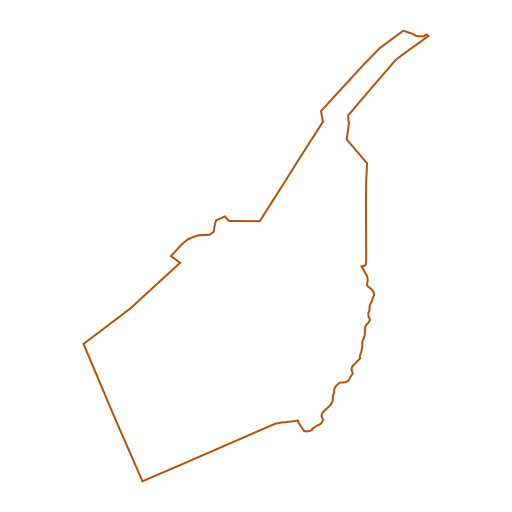 Hwange Urban, Matabeleland North, Zimbabwe (Mercator projection)
{"feature_id": "62879985B63106535588765", "entity_name": "Hwange Urban", "entity_type": "district", "adm_level": 2, "iso_a3": "ZWE", "parent_name": "Zimbabwe", "parent_adm1": "Matabeleland North", "projection": "mercator", "projection_center": [26.527, -18.338], "detail": "fine", "context": "isolated", "style": "outline", "palette": "amber", "viewbox_px": 512, "rotation_deg": 0, "n_neighbors": 0, "source": "geoboundaries", "source_scale": "gbopen_adm2", "svg_char_len": 5563}
<svg xmlns="http://www.w3.org/2000/svg" viewBox="0 0 512 512"><path d="M322.7,120.7L323.0,121.2L323.2,121.4L299.6,158.1L285.2,181.2L259.7,221.2L229.0,221.0L225.2,216.7L224.9,216.4L216.0,220.5L214.7,225.4L214.7,225.7L214.6,225.8L214.6,226.1L214.4,226.6L214.0,230.7L213.9,231.0L213.6,231.4L213.3,231.9L213.2,232.0L213.1,232.3L212.8,232.4L209.7,234.7L209.3,234.7L209.0,234.8L208.8,234.8L208.5,235.0L205.9,234.9L199.0,235.2L198.8,235.3L198.4,235.3L198.2,235.5L197.9,235.6L197.6,235.6L197.3,235.7L196.9,235.8L196.6,235.8L189.7,238.5L189.3,238.6L189.1,238.7L188.9,238.8L188.6,239.1L188.2,239.1L187.7,239.4L181.8,244.3L171.0,256.1L180.1,262.8L129.8,308.9L83.6,343.9L83.6,344.1L115.6,419.9L142.5,481.3L162.8,472.4L163.0,472.5L275.7,423.5L282.9,422.4L283.1,422.4L283.3,422.3L284.9,422.3L298.1,420.6L298.2,421.8L298.2,422.2L304.1,431.1L304.7,431.1L304.9,431.2L305.9,431.2L306.1,431.3L307.8,431.3L308.1,431.2L308.4,431.2L310.1,430.8L310.3,430.7L310.9,430.5L311.2,430.3L311.5,430.2L311.8,430.0L312.1,429.8L312.0,429.6L312.1,429.2L312.3,429.1L312.3,428.9L312.5,428.6L312.7,428.4L313.5,428.0L313.6,427.8L313.8,427.8L314.2,427.6L314.4,427.4L314.5,427.4L314.7,427.2L314.8,427.2L315.0,427.0L315.3,426.8L315.5,426.7L316.3,426.2L316.5,426.0L317.0,425.7L317.3,425.6L317.5,425.4L318.3,425.1L318.6,424.9L318.9,424.8L319.3,424.6L319.6,424.5L319.9,424.3L320.2,424.2L320.6,424.0L321.0,423.6L321.2,423.3L321.4,422.9L321.6,422.7L321.7,422.4L321.9,422.1L322.0,421.8L322.2,421.4L322.6,420.8L322.7,420.5L322.8,420.3L322.9,420.2L322.9,419.6L322.8,419.4L322.8,419.1L322.6,418.7L322.4,418.4L322.3,418.2L322.1,417.6L321.9,417.3L321.7,416.8L321.7,414.7L321.8,414.4L322.0,414.1L322.1,413.6L322.3,413.3L322.4,412.9L322.6,412.6L322.7,412.4L322.8,412.2L323.1,412.0L329.0,406.5L329.6,405.9L329.7,405.7L329.9,405.4L330.8,404.5L330.9,404.2L331.1,404.0L331.3,403.7L331.4,403.4L331.6,403.2L331.8,402.9L331.9,402.6L332.2,402.0L332.4,401.4L332.4,401.1L332.7,400.1L332.7,399.6L332.8,399.3L332.8,397.7L332.9,397.4L332.9,396.6L333.0,396.2L333.1,395.7L333.2,395.4L333.3,395.0L333.4,394.7L333.5,394.3L333.8,393.4L334.1,392.8L334.1,390.3L334.2,390.1L334.2,389.4L334.3,389.1L334.4,388.9L334.7,388.0L334.8,387.8L335.0,387.5L335.1,387.2L335.5,386.8L335.7,386.5L335.9,386.3L336.2,385.7L336.5,385.5L337.0,385.0L337.2,384.7L337.9,384.0L338.3,383.8L338.6,383.6L339.0,383.3L339.9,382.7L340.3,382.6L340.6,382.5L342.8,382.5L343.4,382.4L344.8,382.3L345.4,382.1L345.9,382.0L346.9,381.6L347.3,381.3L347.6,381.1L348.0,380.9L348.4,380.5L348.7,380.3L348.9,379.9L349.3,379.3L349.5,378.8L349.7,378.5L349.9,378.0L350.1,377.6L350.3,377.1L350.7,376.5L350.9,376.1L351.6,375.2L351.9,374.7L352.2,374.3L352.4,374.1L352.6,373.8L352.6,373.6L352.7,373.4L352.7,373.1L352.6,372.9L352.5,372.5L352.4,372.2L352.2,371.7L352.1,371.4L351.9,371.0L351.6,369.8L351.6,368.1L351.7,367.9L352.0,367.0L352.1,366.8L352.3,366.5L352.5,366.1L352.9,365.7L353.0,365.5L353.2,365.4L353.3,365.2L353.5,365.0L353.5,364.9L353.8,364.7L354.0,364.7L360.2,358.2L360.0,357.7L359.9,357.2L359.8,356.9L359.8,356.5L359.9,356.2L360.1,355.5L360.2,355.0L360.3,354.6L360.5,354.0L360.5,353.7L360.7,353.1L360.8,352.9L360.9,352.6L361.1,352.2L361.2,351.9L361.4,351.1L361.7,350.1L361.7,349.7L361.8,349.4L361.8,349.1L361.9,348.9L361.9,348.5L362.0,348.1L362.1,347.8L362.1,347.3L362.2,347.0L362.2,346.8L362.3,346.6L362.3,343.7L362.2,343.5L362.2,342.7L362.3,342.6L362.3,341.6L362.4,341.3L362.6,340.9L362.8,340.3L363.2,339.5L363.4,338.9L363.6,338.6L363.8,338.2L363.9,337.7L364.1,337.4L364.1,337.1L364.2,336.8L364.3,336.4L364.5,336.1L364.6,335.8L364.7,335.6L364.7,334.8L365.3,326.9L365.4,326.6L365.5,326.5L365.7,326.1L365.7,325.9L365.9,325.5L366.1,325.3L366.4,324.7L366.9,324.2L367.0,324.0L367.3,323.7L367.5,323.5L367.7,323.4L368.5,322.6L368.7,322.2L368.9,322.0L369.0,321.7L369.2,321.4L369.4,321.2L369.6,320.6L369.8,320.4L369.8,319.1L369.7,319.0L369.7,318.8L369.6,318.7L369.3,318.1L369.1,317.8L369.0,317.6L368.9,317.5L368.9,317.3L368.8,317.1L368.6,316.8L368.6,316.5L368.3,315.2L368.3,312.9L368.4,312.6L368.5,312.4L368.7,312.1L368.8,311.8L369.0,311.5L369.1,311.3L369.2,311.0L369.3,310.9L369.4,310.7L369.5,310.4L369.5,307.7L369.6,307.3L369.6,306.9L369.7,306.5L369.7,306.1L370.1,304.6L370.2,304.2L371.1,302.4L371.4,302.1L371.5,301.8L371.7,301.5L371.8,301.2L372.0,300.8L372.0,300.5L372.3,299.2L372.7,298.2L372.9,297.8L373.1,297.3L373.2,296.9L373.4,296.6L373.5,296.4L373.6,296.1L373.8,295.7L373.9,295.3L374.0,294.9L374.0,294.3L373.9,294.0L373.9,293.6L373.6,292.5L373.5,292.2L373.4,291.8L373.4,291.7L372.8,291.0L372.6,290.7L372.4,290.5L372.1,290.1L371.8,289.8L371.4,289.2L371.2,289.1L371.1,288.9L370.9,288.8L370.6,288.6L369.8,288.0L369.2,287.6L368.7,287.1L368.2,286.7L367.8,286.3L367.5,285.9L367.3,285.5L367.1,285.3L367.0,285.1L367.7,279.8L367.7,279.4L367.6,279.2L367.6,278.6L367.5,278.4L367.5,278.1L367.4,277.8L367.4,277.5L367.3,277.3L367.1,276.5L366.4,275.1L366.2,274.8L366.2,274.7L365.9,274.4L362.8,268.2L362.7,268.2L362.5,267.9L362.4,267.8L362.3,267.6L361.7,267.0L361.6,266.8L361.5,266.7L361.5,266.2L364.1,265.9L364.7,265.9L365.6,264.7L365.8,264.6L366.2,260.4L366.0,201.1L366.2,180.2L367.1,163.4L346.7,139.4L349.1,122.5L348.4,121.1L348.2,115.4L371.2,88.3L386.1,71.1L395.6,60.0L404.5,53.2L428.4,36.0L427.0,34.8L427.0,34.6L426.9,34.6L425.8,34.7L423.7,36.4L421.8,36.4L421.6,36.3L418.9,36.3L418.7,36.2L417.3,36.2L417.0,36.1L416.9,36.0L416.2,35.8L415.7,35.7L415.4,35.5L415.1,35.4L415.0,35.2L414.7,35.1L414.4,34.9L414.2,34.7L413.8,34.5L413.7,34.4L413.3,34.3L413.1,34.1L412.9,34.1L412.7,33.9L403.3,30.7L379.7,48.1L362.7,65.6L321.0,111.1L322.7,120.7Z" fill="none" stroke="#b45309" stroke-width="2"/></svg>